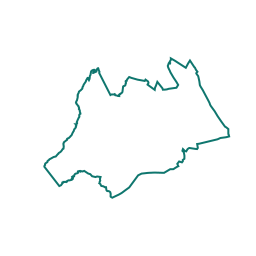 Ketu North, Volta, Ghana, rotated 233°
{"feature_id": "2480657B52907018957478", "entity_name": "Ketu North", "entity_type": "district", "adm_level": 2, "iso_a3": "GHA", "parent_name": "Ghana", "parent_adm1": "Volta", "projection": "mercator", "projection_center": [0.996, 6.191], "detail": "fine", "context": "isolated", "style": "outline", "palette": "teal", "viewbox_px": 256, "rotation_deg": 233, "n_neighbors": 0, "source": "geoboundaries", "source_scale": "gbopen_adm2", "svg_char_len": 5690}
<svg xmlns="http://www.w3.org/2000/svg" viewBox="0 0 256 256"><g transform="rotate(233 128 128)"><path d="M194.4,140.4L193.8,139.9L193.9,139.6L193.8,139.3L193.4,139.3L193.3,139.1L193.3,138.8L193.5,138.6L193.5,138.3L192.1,136.7L192.7,134.4L192.8,133.5L193.0,133.3L193.4,133.7L193.8,134.7L194.0,135.6L194.1,135.9L194.3,136.2L194.4,136.3L194.6,136.3L194.8,136.1L195.1,135.6L195.3,135.1L195.6,134.0L195.5,133.1L195.4,132.6L194.3,131.4L193.3,130.3L193.0,130.0L192.4,128.7L191.9,128.3L191.0,127.5L190.2,126.6L189.7,125.6L190.5,125.7L191.2,126.0L191.7,126.2L192.0,126.2L192.3,125.9L192.2,125.4L192.0,125.1L191.5,123.8L190.9,122.7L190.5,122.3L189.3,118.7L188.4,117.4L188.2,116.7L188.0,116.3L187.8,116.0L187.4,115.8L187.2,115.5L186.9,115.0L186.8,114.5L186.8,114.0L186.6,113.2L186.6,111.1L186.5,110.6L185.7,109.7L185.5,109.1L185.2,108.6L185.0,108.1L184.7,107.9L184.6,107.6L184.4,107.5L183.9,107.3L183.8,106.9L183.1,106.6L182.2,105.6L181.5,104.7L181.2,104.4L180.7,103.7L180.4,102.8L180.2,102.5L179.9,102.1L179.6,102.0L179.4,101.6L179.2,101.6L178.8,101.6L178.6,101.5L178.3,101.5L178.1,101.4L177.8,101.5L177.6,101.4L177.3,101.5L176.9,101.5L176.4,101.5L175.8,101.5L175.3,101.6L175.0,101.5L174.9,101.3L174.4,101.3L173.2,100.9L172.8,100.2L172.6,100.1L172.3,100.1L172.0,100.2L171.7,100.2L170.9,100.0L170.6,99.7L170.2,99.5L169.8,99.2L169.2,99.2L168.7,98.8L168.3,98.7L168.0,98.6L168.0,98.4L168.1,97.9L168.0,97.5L167.8,97.1L167.7,96.8L167.5,96.7L167.2,96.6L166.7,96.1L166.3,96.0L166.0,95.5L165.8,94.9L165.7,94.4L165.4,94.0L164.8,92.8L164.3,92.0L163.7,90.9L163.5,90.6L163.2,90.5L162.6,90.4L162.4,90.2L162.4,89.7L162.5,89.5L162.3,89.3L161.9,89.1L161.7,88.8L161.6,88.7L162.0,88.4L161.9,88.4L161.7,88.4L161.4,88.4L161.0,88.0L160.9,87.9L160.9,87.5L160.5,87.3L160.2,87.1L160.2,86.8L160.1,86.7L159.8,86.4L159.6,85.9L159.4,85.0L159.4,84.5L159.2,84.2L158.8,83.5L158.2,82.8L157.9,81.8L157.7,81.5L157.3,80.5L156.4,79.0L156.1,78.2L156.1,77.4L155.8,76.4L155.7,75.2L155.6,74.7L155.9,73.8L156.0,73.0L155.9,72.7L155.4,72.5L155.2,72.2L155.3,71.2L155.2,70.4L155.2,69.6L155.3,68.9L155.1,68.4L155.1,68.0L154.7,67.7L154.3,66.9L153.3,66.3L153.0,66.3L152.5,65.8L151.8,65.5L151.3,64.9L151.1,64.8L150.3,64.0L150.3,63.9L150.5,63.4L150.5,63.2L150.4,62.8L149.9,61.6L149.8,61.2L149.6,60.2L149.5,59.5L149.7,57.9L149.6,57.2L149.3,56.8L149.4,56.3L148.7,53.2L149.6,51.1L150.1,47.4L150.3,46.5L150.1,45.8L150.0,45.4L150.1,44.5L150.0,43.8L149.6,43.4L149.3,43.1L149.3,42.9L149.3,42.6L149.4,41.9L149.4,40.6L149.2,40.2L148.9,39.8L148.7,39.7L148.4,39.6L148.0,38.4L147.4,37.9L123.0,38.2L122.6,40.1L123.2,42.0L124.0,42.7L123.9,43.1L123.7,43.1L123.4,43.2L123.4,43.4L123.5,43.9L123.7,44.1L123.5,44.3L123.4,44.6L123.1,44.8L123.0,45.1L122.6,45.5L122.4,45.9L122.4,46.2L122.3,46.3L122.0,46.3L121.9,46.9L121.9,47.1L122.3,47.5L122.0,49.0L121.4,49.7L120.5,51.8L120.5,52.1L121.1,52.1L121.5,52.8L120.9,53.6L121.1,53.7L121.5,54.2L122.6,54.1L122.6,55.1L122.4,55.4L122.1,55.5L122.0,55.9L121.9,56.0L122.8,56.9L122.9,57.1L123.1,58.0L123.1,58.6L122.4,60.2L122.3,61.2L122.3,61.3L122.6,61.6L122.9,61.6L123.2,61.6L123.4,61.7L123.5,61.8L123.5,62.0L122.9,62.8L123.0,63.1L122.5,64.0L122.1,64.2L121.7,64.0L121.4,65.0L120.6,65.6L120.5,65.9L120.1,67.2L115.6,68.8L113.8,70.1L111.1,70.3L108.4,72.5L107.9,74.1L105.4,76.6L105.0,76.1L104.6,75.5L104.2,74.9L102.6,74.1L102.1,73.0L101.3,72.2L100.9,72.0L100.9,71.9L99.8,72.2L99.1,72.0L98.3,71.9L98.1,71.8L97.9,71.8L97.7,71.9L96.2,73.3L95.3,73.6L95.1,73.8L94.8,74.0L94.6,73.9L94.4,74.0L93.9,74.8L91.6,73.5L91.4,73.4L90.3,73.4L89.9,73.7L89.5,74.3L89.0,74.7L88.4,75.0L87.5,75.2L87.4,75.2L87.1,75.1L86.6,74.8L85.9,74.6L84.1,73.1L83.8,72.9L83.5,72.8L81.8,73.5L80.7,78.9L80.4,80.2L80.0,83.1L79.9,84.4L79.9,88.1L79.8,93.2L84.1,107.6L83.4,111.4L80.1,117.0L76.4,122.4L70.5,129.8L69.7,136.9L67.8,139.5L67.7,141.6L67.4,144.5L67.2,145.2L69.7,145.8L70.5,148.7L68.1,150.4L68.4,151.7L69.5,152.5L69.5,154.5L71.0,155.7L72.1,156.5L75.1,158.0L77.0,157.7L78.1,159.2L75.4,159.6L74.3,160.4L75.2,162.6L75.3,162.9L75.3,163.6L75.3,164.3L75.1,165.0L74.9,165.2L70.5,169.5L69.6,170.5L69.8,171.0L70.1,171.5L70.1,171.8L73.6,173.6L72.6,175.4L65.1,192.7L64.4,195.8L61.6,200.8L60.4,203.7L61.8,204.3L62.3,204.5L62.8,204.5L66.8,207.5L69.6,206.8L70.6,206.3L71.9,206.3L77.0,206.4L83.6,206.7L89.2,207.3L95.8,207.4L97.2,207.6L99.0,208.2L101.8,208.7L108.2,209.7L113.1,210.5L117.5,210.9L119.0,211.2L122.4,213.1L126.1,214.8L127.0,215.2L127.3,215.3L129.8,215.3L130.7,215.5L131.1,217.3L133.7,217.3L136.0,217.8L136.6,217.6L144.6,218.1L143.4,214.9L141.3,210.4L153.6,205.9L157.8,204.1L157.2,203.7L156.5,203.0L155.8,201.1L155.2,200.8L154.5,200.8L154.4,200.6L154.3,200.4L155.0,200.2L155.3,199.9L155.3,199.7L154.8,198.9L154.1,197.9L153.7,197.2L152.9,196.8L152.3,196.6L151.2,196.3L148.4,195.8L147.0,195.4L141.0,194.7L135.7,194.4L132.2,194.0L131.0,190.9L134.8,184.1L135.4,182.4L136.0,181.3L136.8,180.0L137.6,178.9L139.0,179.4L147.2,179.2L144.9,175.7L144.3,174.5L144.0,174.0L143.7,173.6L142.4,172.3L150.9,169.7L151.1,170.0L151.3,170.8L151.6,171.3L152.0,171.7L153.1,172.0L156.1,171.1L155.5,169.7L160.9,164.7L166.2,160.7L166.8,160.4L168.0,159.6L167.3,156.5L166.5,155.4L166.7,155.2L166.9,154.8L166.8,154.3L166.0,153.8L165.3,153.6L165.0,153.3L164.7,152.5L164.2,152.2L163.9,151.8L163.7,151.4L163.7,150.9L163.9,150.4L163.9,149.9L164.1,149.7L164.1,149.1L160.2,145.3L160.0,144.9L159.9,144.7L159.8,144.4L159.9,143.8L159.8,143.2L160.0,142.5L160.0,142.3L159.7,142.1L159.7,141.9L159.9,141.7L160.0,141.3L160.0,141.1L159.9,140.8L158.8,140.2L159.5,139.4L159.8,139.1L160.6,138.7L161.9,137.5L162.6,137.5L162.9,137.8L163.1,137.8L163.3,137.0L163.4,136.8L164.7,135.0L164.8,134.6L164.9,133.8L189.3,138.1L190.0,139.0L191.9,139.5L193.4,140.1L194.4,140.4Z" fill="none" stroke="#0f766e" stroke-width="2"/></g></svg>